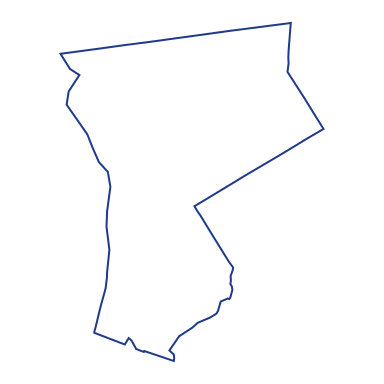 outline of Westchester, New York, United States of America
{"feature_id": "52423323B83071826775288", "entity_name": "Westchester", "entity_type": "district", "adm_level": 2, "iso_a3": "USA", "parent_name": "United States of America", "parent_adm1": "New York", "projection": "equal_earth", "projection_center": [-73.743, 41.122], "detail": "fine", "context": "isolated", "style": "outline", "palette": "blue", "viewbox_px": 384, "rotation_deg": 0, "n_neighbors": 0, "source": "geoboundaries", "source_scale": "gbopen_adm2", "svg_char_len": 1188}
<svg xmlns="http://www.w3.org/2000/svg" viewBox="0 0 384 384"><path d="M60.5,53.8L70.0,69.0L79.4,75.0L68.7,91.4L66.6,104.7L78.6,121.8L87.3,134.3L92.4,147.2L99.0,162.3L107.8,171.8L110.4,186.8L107.1,211.3L106.5,226.9L109.4,249.8L107.1,272.1L106.9,277.7L105.6,288.4L104.3,293.2L101.1,304.7L99.9,309.3L95.5,327.7L94.4,331.4L94.3,332.8L115.2,340.8L124.8,344.5L128.7,338.1L131.6,340.6L136.2,349.0L142.1,351.3L143.8,351.9L144.2,351.0L165.0,358.0L173.8,361.0L174.2,358.0L173.8,354.4L172.0,352.9L169.4,350.4L179.2,336.2L192.4,327.6L197.7,322.8L210.2,317.5L216.3,313.7L218.0,311.0L220.7,301.5L227.9,298.5L229.2,299.1L230.3,297.6L232.4,289.9L231.7,286.0L231.5,285.8L230.4,284.1L230.9,280.3L230.6,276.1L232.6,270.5L233.1,267.7L232.7,267.0L232.7,266.9L228.8,261.6L224.7,255.0L219.7,246.9L215.9,240.8L212.2,234.8L205.9,224.5L200.3,215.3L197.3,211.1L194.5,206.2L211.3,196.1L240.9,178.1L244.9,175.7L254.2,170.2L280.3,154.8L285.7,151.6L306.7,138.8L309.4,137.2L316.6,133.0L322.4,129.6L323.5,128.9L313.0,112.1L304.7,98.6L287.5,71.9L288.6,63.5L288.3,57.8L288.6,50.6L290.5,26.4L290.8,23.0L230.2,30.8L167.0,39.5L157.9,40.8L123.9,45.2L107.4,47.5L60.5,53.8Z" fill="none" stroke="#1e3a8a" stroke-width="2"/></svg>